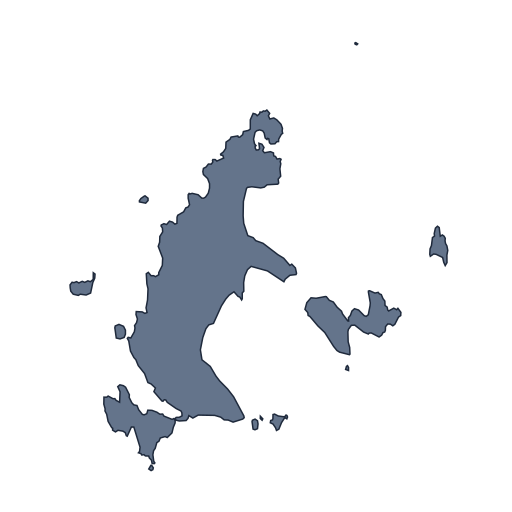 Con Dao, Sóc Trăng, Vietnam, rotated 347°
{"feature_id": "81297802B83873736556753", "entity_name": "Con Dao", "entity_type": "district", "adm_level": 2, "iso_a3": "VNM", "parent_name": "Vietnam", "parent_adm1": "Sóc Trăng", "projection": "equal_earth", "projection_center": [106.623, 8.704], "detail": "fine", "context": "isolated", "style": "filled", "palette": "slate", "viewbox_px": 512, "rotation_deg": 347, "n_neighbors": 0, "source": "geoboundaries", "source_scale": "gbopen_adm2", "svg_char_len": 6122}
<svg xmlns="http://www.w3.org/2000/svg" viewBox="0 0 512 512"><g transform="rotate(347 256 256)"><path d="M236.2,287.6L238.0,279.1L240.6,272.8L244.6,267.4L248.9,265.0L263.8,273.1L277.4,287.4L279.3,285.1L284.7,282.4L290.8,283.1L291.6,282.0L291.7,276.5L289.0,272.0L286.9,272.8L282.5,264.4L277.6,259.6L265.7,245.2L259.2,241.0L257.4,237.5L252.6,234.3L251.4,221.4L252.5,214.0L256.0,200.0L261.9,188.1L263.1,187.2L267.5,187.6L275.9,190.7L279.5,190.8L282.9,189.1L293.4,190.9L294.5,190.0L294.9,186.1L298.0,183.8L298.9,176.4L300.9,171.7L300.8,169.4L302.2,167.4L301.1,166.4L298.3,166.3L297.4,163.4L295.8,162.4L296.2,159.5L293.6,157.6L287.4,157.3L286.2,154.9L288.2,152.0L286.9,148.4L284.2,146.8L283.6,152.3L282.2,153.1L280.1,152.8L279.5,150.6L279.9,148.7L280.8,148.5L279.8,146.3L279.9,141.6L282.9,135.3L284.8,134.1L288.0,134.0L290.7,135.6L291.6,138.1L291.5,143.1L292.9,145.0L293.7,144.0L294.8,144.6L294.6,148.7L295.7,150.2L299.7,150.9L301.9,149.3L303.7,149.6L304.4,147.2L308.1,143.1L309.6,142.5L309.6,140.2L310.5,137.6L310.0,133.3L306.9,128.0L304.4,125.5L300.3,125.6L299.6,122.2L301.4,120.1L299.4,116.2L297.5,117.0L295.8,116.3L294.0,117.2L292.3,116.6L291.6,118.0L288.7,119.6L287.6,117.7L285.3,116.4L281.1,122.0L279.0,131.0L276.9,131.9L271.7,131.9L270.3,134.8L266.8,136.6L265.6,136.2L265.3,134.9L258.5,134.5L256.8,136.5L252.4,138.3L250.7,144.4L247.7,147.2L244.4,148.8L244.5,149.8L246.3,150.5L246.5,153.3L239.2,154.7L238.0,152.9L235.7,152.3L235.1,153.0L235.1,154.7L233.1,156.4L230.3,155.7L227.3,158.1L224.5,158.8L223.2,161.8L223.1,164.8L226.3,169.7L227.0,175.1L226.0,179.4L223.6,184.1L220.0,187.3L217.9,187.9L216.2,187.4L213.4,183.3L207.9,180.6L205.4,180.7L204.9,180.0L203.7,181.0L202.9,184.5L202.8,191.1L200.8,193.0L198.4,193.3L195.4,196.7L188.9,198.7L187.8,200.4L186.3,206.4L184.1,206.7L182.3,204.2L179.5,202.6L176.0,205.2L173.5,203.8L170.6,204.5L170.2,205.4L171.1,207.6L170.5,211.5L166.7,215.3L165.2,220.9L162.9,224.6L164.6,237.0L162.6,244.1L157.5,250.3L157.0,252.4L153.4,253.5L151.9,252.2L149.3,251.6L147.4,247.7L145.1,248.6L143.4,258.6L143.4,263.7L140.4,274.5L137.2,281.8L137.1,286.6L134.8,286.9L132.6,284.9L126.8,283.2L125.9,286.0L126.3,290.7L124.6,294.1L122.0,296.5L121.9,298.9L120.4,302.5L115.6,307.7L113.2,306.5L112.1,307.3L112.9,310.2L112.3,320.4L114.2,327.5L115.6,330.0L116.6,336.3L121.0,345.5L122.2,355.0L125.0,357.1L128.3,362.0L126.0,365.2L131.7,376.1L132.7,376.6L134.3,375.4L135.7,376.0L136.6,378.6L143.9,386.7L148.0,390.1L148.5,392.0L148.0,395.1L144.9,395.9L141.9,395.3L140.8,396.1L141.1,398.0L144.2,399.5L150.9,400.6L153.2,398.9L154.7,396.4L158.0,399.7L163.9,398.0L179.9,402.0L185.4,405.1L188.1,408.5L192.0,409.6L196.3,412.7L206.4,411.9L208.1,410.9L208.2,409.1L202.5,388.1L198.4,379.2L192.5,369.6L190.0,364.1L186.6,353.3L180.0,345.0L180.7,334.9L185.8,323.5L190.8,315.6L194.5,312.5L199.4,312.1L211.1,296.8L216.9,291.1L221.0,288.1L226.5,285.9L229.4,291.3L231.0,292.4L232.1,295.6L233.0,294.6L234.3,288.9L236.2,287.6ZM347.9,357.3L348.8,356.6L351.0,356.9L357.7,362.6L360.6,361.4L362.5,359.2L364.3,359.0L365.3,357.6L366.3,354.0L369.0,351.9L371.6,352.6L373.6,354.8L375.9,353.8L381.1,347.6L383.6,346.6L384.5,343.5L382.5,338.9L381.0,340.0L378.5,337.8L372.9,339.4L372.2,338.2L372.3,335.3L370.6,333.3L371.4,328.9L370.1,326.0L369.4,321.8L367.6,320.5L366.9,318.9L363.6,318.9L358.9,315.4L357.7,315.4L357.4,316.3L356.8,327.4L355.9,330.2L352.2,338.5L349.8,339.6L348.0,338.5L343.8,331.7L340.1,329.5L337.1,331.2L334.6,335.1L332.2,336.9L331.6,340.2L330.8,339.9L327.3,332.0L326.9,329.0L323.5,324.1L321.0,318.2L317.5,315.7L315.4,311.5L314.5,311.1L305.1,310.7L300.2,309.1L295.0,312.9L291.7,319.0L293.7,322.7L293.4,325.7L294.9,327.0L300.6,338.1L305.8,346.0L311.3,361.6L313.6,366.3L315.8,368.5L324.9,373.2L325.5,372.7L326.7,366.2L326.5,360.3L328.5,350.5L329.5,348.3L333.3,345.0L336.7,345.6L343.7,354.3L347.9,357.3ZM90.0,402.6L96.1,394.6L98.5,395.2L100.0,416.2L98.6,420.2L97.2,421.3L99.4,422.6L99.9,424.2L102.2,424.4L103.2,425.9L106.5,426.8L106.6,428.7L108.2,431.4L108.1,434.9L110.4,435.4L110.9,434.8L110.2,433.0L110.8,426.5L112.4,422.7L114.5,420.8L117.4,415.5L119.7,414.7L121.8,411.8L126.8,411.5L128.7,412.9L134.3,409.5L136.9,404.3L139.6,400.5L140.2,398.2L139.4,395.9L137.5,396.3L130.3,391.3L129.5,389.0L126.7,388.5L124.3,385.9L119.9,383.0L115.9,381.9L114.1,385.1L111.2,385.6L109.6,384.7L107.1,379.4L106.4,374.9L103.5,373.6L102.0,371.1L100.6,365.3L101.4,362.7L99.4,354.5L97.6,352.5L94.4,350.9L91.9,352.2L93.0,357.7L90.2,367.8L87.2,365.2L86.4,363.2L84.6,362.9L80.4,359.2L78.8,360.0L76.1,359.3L74.4,366.1L74.6,371.0L74.0,373.0L74.9,376.6L74.7,383.9L76.8,390.8L77.6,391.6L77.1,393.4L79.5,395.8L82.3,394.8L86.9,396.7L88.9,398.7L89.2,401.9L90.0,402.6ZM425.8,295.5L429.5,294.0L431.9,294.9L437.5,299.4L437.5,304.4L438.2,307.9L440.6,305.4L442.2,298.1L444.1,293.7L444.3,289.2L443.5,286.5L443.6,283.8L444.4,281.3L443.7,279.0L442.3,277.4L440.0,278.2L440.9,269.5L439.5,267.8L437.1,269.2L434.7,274.2L434.4,276.8L432.1,277.7L429.3,285.3L427.2,288.2L425.7,293.5L425.8,295.5ZM69.3,252.1L74.0,254.4L76.2,253.7L81.7,255.8L86.5,254.9L91.0,245.2L93.9,241.3L95.1,237.4L93.7,235.7L92.1,242.2L88.8,243.8L86.6,242.4L83.2,243.2L81.0,241.6L77.3,242.4L75.4,240.6L72.6,241.0L70.9,240.2L68.3,242.3L67.8,245.3L67.6,248.6L69.3,252.1ZM236.7,430.6L239.3,429.9L243.4,424.1L247.1,420.5L248.1,420.3L249.4,421.6L250.5,420.0L250.3,418.4L249.5,417.7L248.1,418.9L246.7,418.8L241.7,416.9L238.5,414.2L236.9,414.3L235.9,418.3L235.2,419.4L233.3,419.6L232.4,421.7L234.8,423.6L236.4,427.8L236.7,430.6ZM102.3,294.2L101.4,304.5L104.9,306.2L109.2,305.7L111.2,302.8L112.1,298.9L111.1,294.7L107.1,291.8L103.1,292.5L102.3,294.2ZM214.9,416.4L214.2,424.0L215.9,425.1L218.6,424.6L220.2,420.1L220.4,416.9L218.4,414.7L215.6,415.2L214.9,416.4ZM154.6,177.1L160.4,179.7L163.3,177.7L163.8,175.4L161.4,172.4L160.4,172.6L156.8,174.1L154.8,175.9L154.6,177.1ZM108.3,439.3L107.3,436.6L106.5,436.3L103.6,439.4L105.5,441.5L107.4,441.0L108.3,439.3ZM317.8,386.7L320.4,388.4L321.1,385.5L320.5,383.4L319.3,383.9L317.8,386.7ZM223.6,415.3L225.0,417.4L226.0,416.2L224.2,413.1L223.6,415.3ZM401.7,72.9L402.8,72.2L401.2,70.5L400.2,70.8L400.3,72.0L401.7,72.9Z" fill="#64748b" stroke="#1e293b" stroke-width="1.5"/></g></svg>